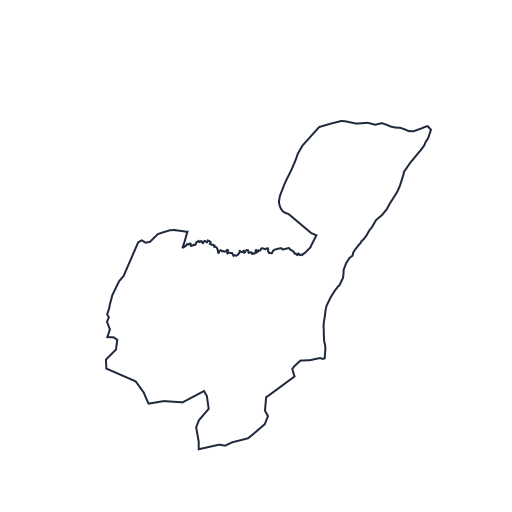 Gulani, Yobe, Nigeria (Equal Earth projection), rotated 209°
{"feature_id": "59680162B10585943230735", "entity_name": "Gulani", "entity_type": "district", "adm_level": 2, "iso_a3": "NGA", "parent_name": "Nigeria", "parent_adm1": "Yobe", "projection": "equal_earth", "projection_center": [11.802, 10.918], "detail": "fine", "context": "isolated", "style": "outline", "palette": "slate", "viewbox_px": 512, "rotation_deg": 209, "n_neighbors": 0, "source": "geoboundaries", "source_scale": "gbopen_adm2", "svg_char_len": 5036}
<svg xmlns="http://www.w3.org/2000/svg" viewBox="0 0 512 512"><g transform="rotate(209 256 256)"><path d="M365.7,210.9L362.1,174.2L363.5,167.5L362.7,152.3L360.3,142.6L359.1,139.4L357.9,132.8L355.0,131.1L354.4,126.2L348.2,121.0L346.7,113.0L341.0,115.9L336.7,115.4L333.1,106.3L337.0,92.7L336.8,92.2L332.3,85.0L300.4,88.0L287.9,82.1L283.8,78.8L278.4,74.8L272.4,79.5L268.5,82.7L265.9,84.6L254.6,89.9L253.8,90.3L249.7,92.2L249.4,92.2L236.0,112.7L231.0,109.6L223.3,99.4L226.3,84.7L225.3,77.2L216.0,65.7L212.4,59.2L196.8,73.1L191.0,75.2L186.6,81.4L181.3,86.4L174.6,92.7L174.5,92.9L172.3,98.3L166.8,113.2L167.9,121.8L173.2,125.1L178.7,137.5L177.7,139.2L163.9,169.3L169.5,174.8L169.1,177.9L166.5,186.0L158.0,191.2L154.6,194.3L150.5,197.8L147.8,198.3L146.3,199.8L148.8,205.1L150.1,208.1L152.6,211.9L155.3,214.8L159.3,221.4L160.9,224.2L161.2,224.7L162.0,225.9L163.6,228.8L164.5,230.8L165.6,233.9L166.3,235.9L168.8,242.1L170.1,246.3L170.3,249.2L170.5,252.8L170.7,255.7L170.3,263.5L169.8,267.0L169.4,269.6L168.8,270.6L169.0,273.2L169.1,275.4L169.2,277.2L169.3,278.9L170.5,282.1L172.6,286.3L173.7,293.4L173.3,299.6L172.6,301.1L171.7,303.2L172.6,305.9L172.5,309.1L171.9,313.0L171.6,315.0L170.8,318.2L171.0,319.8L170.0,322.6L169.3,327.5L169.3,331.9L169.2,334.0L168.6,337.0L168.4,345.8L165.6,353.0L165.1,355.9L164.3,360.3L164.4,366.8L163.8,376.3L163.6,381.2L164.2,387.3L166.8,400.0L167.4,400.8L166.3,412.4L164.4,422.5L162.9,430.4L162.5,434.6L162.9,437.4L162.6,442.8L164.2,451.3L166.4,452.0L168.8,452.8L171.0,450.7L172.9,448.1L178.8,441.4L182.9,439.3L187.8,438.8L192.1,438.0L196.4,435.9L200.6,434.6L205.9,434.0L210.3,433.2L215.4,428.6L222.8,426.7L232.5,420.4L243.3,417.1L246.9,415.4L254.7,408.1L263.3,399.4L268.9,375.1L269.0,365.5L268.2,361.2L267.6,356.8L266.8,348.6L266.6,344.4L266.3,337.2L265.9,332.2L265.0,326.1L264.9,325.3L264.9,325.2L264.9,324.7L264.3,320.8L264.3,320.7L264.2,320.5L264.2,320.4L264.2,320.2L264.1,319.9L264.1,319.7L263.6,318.3L262.7,315.8L262.7,315.7L262.6,315.4L262.5,315.2L262.4,315.0L262.4,314.9L261.6,313.6L260.1,311.9L258.4,310.4L256.9,309.3L255.0,308.4L253.1,307.9L251.7,307.9L247.9,308.5L218.7,302.8L213.2,303.4L212.8,292.3L212.6,289.9L214.7,282.4L215.9,280.4L215.9,279.5L216.6,279.4L217.1,279.0L217.5,278.4L218.1,278.3L218.6,278.0L219.3,278.2L219.6,278.7L220.1,278.7L220.4,278.2L220.4,276.9L221.1,276.9L221.9,277.1L222.4,277.4L222.9,277.0L223.5,276.8L224.0,277.3L225.2,278.1L226.0,277.9L227.8,278.4L229.3,278.1L230.1,278.7L231.2,278.9L235.5,274.8L236.6,274.8L237.7,275.1L240.1,273.2L242.7,270.6L243.6,268.9L243.5,267.4L243.5,266.2L244.1,265.8L245.2,265.4L246.0,264.9L247.0,265.6L248.0,266.1L248.3,267.3L248.9,268.0L249.2,268.4L250.1,268.1L250.6,267.3L251.1,266.4L251.7,266.3L253.0,266.2L254.2,265.8L254.9,265.3L255.0,264.4L254.9,263.3L255.4,262.5L256.4,262.3L256.4,261.4L256.7,260.3L257.0,259.6L257.4,259.9L257.4,260.7L257.7,261.0L258.2,261.1L258.7,261.3L259.0,261.0L258.9,260.3L258.6,259.8L258.2,259.2L258.2,258.6L258.4,257.5L258.8,257.1L259.7,257.1L260.1,256.8L260.3,256.0L260.9,256.0L261.3,256.5L261.7,256.9L262.6,256.6L262.9,256.2L263.5,255.6L263.9,255.2L264.4,255.5L264.7,256.0L265.0,256.5L265.5,256.9L266.1,257.2L266.7,256.9L267.2,256.2L267.3,255.7L267.5,254.9L267.5,253.9L267.9,253.0L268.6,253.5L268.9,254.4L269.2,254.6L269.4,254.2L269.8,253.1L270.3,252.5L270.9,252.3L271.5,252.4L272.0,252.6L272.6,252.5L272.3,251.4L272.1,250.2L272.4,249.3L272.5,248.2L273.0,247.2L273.8,246.5L274.2,246.5L275.3,246.2L275.7,245.3L278.0,246.7L278.4,247.0L279.7,246.3L280.7,246.0L281.7,245.2L282.2,244.4L282.7,244.7L282.6,245.4L283.1,246.1L283.0,247.0L283.4,247.5L284.1,247.4L284.3,246.5L284.8,245.4L285.4,244.7L286.1,244.6L287.0,244.4L287.7,243.6L288.3,243.7L289.2,244.1L289.7,243.9L290.0,243.3L290.4,242.5L290.4,241.9L290.1,241.1L290.4,240.5L290.9,240.8L291.7,241.9L292.5,242.8L293.5,243.7L294.7,244.3L296.5,244.3L296.9,243.8L297.6,244.3L297.6,245.0L299.3,244.9L299.9,244.3L302.2,244.3L302.1,245.3L302.2,246.0L303.2,246.4L304.5,246.4L305.6,246.2L305.4,245.5L305.4,244.3L306.0,244.1L306.8,244.2L307.4,244.4L308.2,244.3L308.6,243.4L308.7,242.5L308.6,242.1L308.6,241.7L308.9,241.4L309.4,241.9L309.9,242.2L310.5,242.5L311.4,242.3L311.5,241.9L311.8,241.3L312.2,240.8L312.6,240.8L313.0,241.2L313.4,241.4L313.8,240.8L314.4,239.7L314.9,239.3L314.7,238.6L314.4,237.5L314.5,236.4L315.0,236.3L315.3,235.7L315.8,235.2L316.2,235.3L316.6,234.4L317.0,234.0L317.4,233.4L317.9,233.4L318.4,234.0L318.7,234.0L319.1,235.0L319.6,234.9L320.4,234.5L320.4,233.6L321.6,232.8L322.0,232.9L322.1,232.1L322.2,231.0L322.9,230.0L323.2,228.9L323.9,228.5L324.2,227.1L325.2,232.9L327.7,243.8L327.8,243.7L328.0,243.7L328.3,243.6L328.5,243.6L328.8,243.4L331.0,242.6L332.5,242.1L332.9,241.9L335.2,241.0L337.4,240.1L338.9,239.6L339.0,239.6L339.3,239.5L339.3,239.4L339.5,239.4L339.9,239.2L340.0,239.1L340.3,239.0L340.3,238.9L341.5,238.2L342.8,237.4L343.0,237.3L343.1,237.2L343.3,237.1L343.5,236.9L343.8,236.7L344.0,236.5L344.1,236.4L349.3,231.1L349.6,230.7L352.5,227.5L355.6,217.0L359.0,214.1L363.5,214.3L365.7,210.9Z" fill="none" stroke="#1e293b" stroke-width="2"/></g></svg>